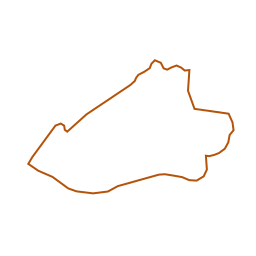 map outline of Gulu (Natural Earth projection), rotated 261°
{"feature_id": "UGA-3098", "entity_name": "Gulu", "entity_type": "County", "adm_level": 1, "iso_a3": "UGA", "parent_name": "Uganda", "parent_adm1": "", "projection": "natural_earth1", "projection_center": [32.435, 2.878], "detail": "fine", "context": "isolated", "style": "outline", "palette": "amber", "viewbox_px": 256, "rotation_deg": 261, "n_neighbors": 0, "source": "natural_earth", "source_scale": "10m", "svg_char_len": 754}
<svg xmlns="http://www.w3.org/2000/svg" viewBox="0 0 256 256"><g transform="rotate(261 128 128)"><path d="M142.9,62.3L140.3,65.3L136.1,65.3L133.9,67.4L148.0,89.2L170.1,137.0L173.4,142.1L176.2,143.8L178.9,146.6L181.0,152.9L183.7,158.8L187.9,161.3L190.7,165.1L187.3,170.6L181.4,172.5L179.5,175.8L181.0,180.2L182.1,185.8L179.2,190.1L175.9,193.0L175.6,197.7L155.4,193.1L136.5,196.7L126.4,229.6L117.2,232.1L109.3,231.9L105.2,227.3L98.1,224.8L92.4,220.4L89.0,213.8L87.9,208.8L87.5,203.7L88.4,200.6L74.6,199.4L68.4,195.2L65.3,187.5L66.9,180.4L71.0,173.8L73.8,165.7L76.6,157.1L77.1,151.2L72.2,108.9L68.4,98.2L68.9,83.3L73.5,67.2L77.7,59.5L91.5,45.8L99.8,32.7L108.2,23.9L114.5,29.2L141.7,56.7L142.9,62.3Z" fill="none" stroke="#b45309" stroke-width="2"/></g></svg>